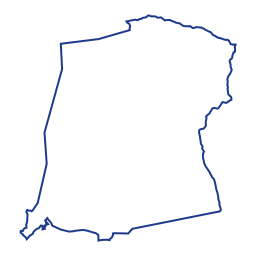 San Antonio Huitepec, Oaxaca, Mexico (Robinson projection)
{"feature_id": "50627088B88102129443376", "entity_name": "San Antonio Huitepec", "entity_type": "district", "adm_level": 2, "iso_a3": "MEX", "parent_name": "Mexico", "parent_adm1": "Oaxaca", "projection": "robinson", "projection_center": [-97.134, 16.922], "detail": "fine", "context": "isolated", "style": "outline", "palette": "blue", "viewbox_px": 256, "rotation_deg": 0, "n_neighbors": 0, "source": "geoboundaries", "source_scale": "gbopen_adm2", "svg_char_len": 4593}
<svg xmlns="http://www.w3.org/2000/svg" viewBox="0 0 256 256"><path d="M44.5,132.6L46.7,163.8L37.7,203.0L32.3,210.9L31.6,211.3L31.0,210.9L30.3,210.6L29.5,210.7L28.7,210.7L27.9,210.2L27.4,209.9L26.9,210.3L26.6,210.8L26.5,211.4L26.4,211.7L26.4,212.1L27.4,213.9L27.5,215.0L27.4,215.9L27.4,216.7L27.3,217.9L27.3,219.2L27.2,220.1L27.1,221.5L26.8,222.7L26.6,223.4L26.3,224.2L26.1,224.9L26.3,225.7L26.4,226.7L26.5,227.7L25.4,228.0L24.7,228.2L24.1,228.8L23.7,229.2L23.4,229.7L23.2,230.2L23.0,230.7L22.8,231.0L22.1,230.8L21.5,230.9L21.0,230.9L20.7,231.1L20.5,231.7L20.5,232.2L20.7,232.7L21.1,233.1L21.5,233.4L22.0,233.7L22.3,234.0L22.8,234.4L23.1,234.9L23.2,235.3L23.7,235.6L23.8,235.7L24.1,235.9L24.7,236.5L25.1,236.8L25.7,237.3L26.1,237.9L26.3,238.3L26.6,238.8L26.8,239.2L30.0,235.4L30.5,235.2L31.0,235.1L31.4,234.8L32.0,234.2L32.7,233.8L33.1,232.9L33.4,232.1L34.1,231.3L34.9,230.4L35.7,229.8L36.4,229.2L37.2,228.7L38.2,228.4L39.0,228.0L39.0,227.9L40.1,226.6L40.4,226.0L41.5,224.9L40.5,226.1L42.4,225.7L42.7,227.0L42.6,229.4L44.5,228.8L44.8,228.8L44.6,226.1L45.6,225.9L45.5,224.8L48.1,224.2L47.3,223.0L46.3,223.3L46.1,222.8L46.1,222.7L45.7,221.5L46.0,221.2L45.2,220.5L47.3,218.1L48.7,220.2L49.5,220.9L51.3,223.2L52.2,225.6L61.3,229.8L63.5,230.2L69.0,231.6L73.7,231.2L75.6,230.7L80.4,230.2L83.5,230.0L84.6,230.1L87.7,230.8L93.6,232.6L95.7,233.1L98.3,235.0L98.5,240.6L99.5,240.3L100.4,240.1L101.4,240.2L102.6,239.8L103.9,239.9L105.8,239.7L107.2,239.8L108.6,239.9L109.2,240.2L109.6,240.2L109.7,239.3L109.9,239.1L110.1,238.9L110.5,238.5L110.8,238.4L111.1,238.1L111.4,238.0L111.5,237.7L111.8,237.3L112.1,237.0L112.3,236.7L112.4,236.2L112.7,235.7L112.8,235.5L112.9,235.2L113.0,234.8L113.0,234.1L112.9,233.5L113.9,233.2L128.2,233.5L132.4,228.8L220.1,211.3L220.9,209.5L220.1,206.8L219.8,206.0L219.3,204.7L219.6,203.4L219.1,201.4L218.7,200.0L218.3,198.8L218.2,196.7L218.1,195.6L217.8,194.7L217.4,192.9L216.9,191.1L216.3,189.4L216.0,187.5L215.3,184.2L215.0,182.7L214.6,181.2L214.2,179.8L213.6,178.7L212.8,177.9L211.9,176.9L211.3,175.4L210.2,173.7L209.9,172.8L209.4,171.9L206.1,167.0L205.4,166.1L205.0,164.7L204.3,163.6L203.9,162.0L203.7,160.6L203.5,159.9L203.1,158.2L203.0,156.9L202.9,155.6L203.0,154.6L203.1,153.7L203.2,153.3L203.5,152.7L203.7,152.2L204.0,151.7L203.4,150.6L202.4,149.1L202.1,148.2L202.4,147.5L202.5,147.2L202.4,146.1L202.3,145.7L201.4,144.7L200.9,143.7L200.8,143.1L200.8,142.4L200.7,141.7L200.6,140.6L200.4,140.0L200.2,139.2L200.2,138.4L200.0,137.4L200.0,136.4L199.7,135.2L199.3,133.5L199.1,133.0L199.0,132.7L199.3,130.0L201.0,129.1L203.6,128.7L204.0,128.1L204.9,127.2L205.4,126.5L205.9,125.5L205.7,122.1L205.9,120.9L206.4,119.0L206.4,117.5L206.1,116.8L206.1,116.5L207.9,114.6L209.2,113.8L210.5,111.7L211.1,110.8L211.4,110.2L211.8,109.5L212.1,108.7L214.2,107.9L217.1,108.5L217.7,108.6L218.4,108.1L220.0,106.0L220.5,105.3L222.3,102.3L222.6,102.1L226.3,102.9L228.3,101.6L229.5,100.6L231.3,99.9L231.4,99.3L231.3,98.4L231.3,97.6L231.1,96.9L228.5,94.6L228.4,94.5L227.7,90.2L227.6,88.6L227.9,87.6L227.8,86.3L227.4,85.8L227.7,81.4L227.4,79.5L227.5,78.2L228.0,77.5L228.2,76.5L228.4,76.2L229.0,75.0L230.0,74.1L231.2,71.3L231.7,69.8L231.6,69.2L231.1,68.4L230.7,66.9L230.6,64.7L229.7,61.4L229.7,60.5L230.4,59.4L230.8,59.0L231.0,59.0L231.5,58.8L232.1,57.8L232.3,57.3L232.3,56.5L232.4,56.0L232.4,55.6L232.7,55.1L232.7,54.6L233.0,53.9L233.3,53.6L233.6,53.1L233.5,52.4L234.0,52.2L234.6,51.8L234.8,51.4L235.0,51.4L235.1,50.8L235.0,50.1L235.1,49.2L234.8,47.7L235.0,47.0L234.9,46.2L235.3,45.6L235.5,44.5L234.6,44.5L232.7,44.7L232.2,44.4L230.6,44.1L229.8,42.3L229.4,41.7L229.0,40.7L228.2,40.3L227.8,39.8L225.8,39.9L223.4,39.3L222.0,38.6L221.0,38.6L219.7,37.8L218.5,38.0L217.3,37.1L216.7,37.1L216.5,36.9L214.6,35.6L213.0,35.0L212.4,34.2L210.4,31.9L209.2,31.7L204.4,29.2L203.6,28.5L202.3,28.3L201.1,27.4L200.7,27.5L199.6,27.5L198.8,27.3L196.3,27.1L195.1,27.5L194.6,27.7L193.4,28.0L192.6,28.0L190.1,26.1L189.7,26.0L189.2,26.4L187.5,26.2L186.5,26.2L185.7,26.3L183.8,26.0L182.5,25.5L181.8,24.8L181.3,24.6L179.6,23.4L178.8,23.2L178.0,23.1L176.1,22.7L173.2,21.3L172.3,21.2L171.7,21.0L170.4,20.1L169.9,20.0L169.4,20.0L166.5,20.1L164.8,20.4L164.3,19.8L163.1,19.1L161.1,17.4L160.0,17.6L158.8,17.6L158.4,17.7L157.3,17.6L155.8,16.5L151.0,16.3L150.0,15.8L148.8,15.6L148.3,15.4L147.7,15.8L146.7,16.8L145.7,17.4L142.7,17.8L141.5,18.7L141.4,18.8L139.6,19.0L138.4,19.9L137.0,20.1L135.2,19.7L133.8,19.9L127.7,21.2L126.5,21.4L127.3,22.6L129.3,23.9L130.2,26.1L129.6,28.4L129.7,30.2L128.7,30.4L98.2,39.2L95.9,39.4L63.8,43.4L60.8,43.8L62.1,69.0L53.0,101.9L44.5,132.6L44.5,132.6Z" fill="none" stroke="#1e3a8a" stroke-width="2"/></svg>